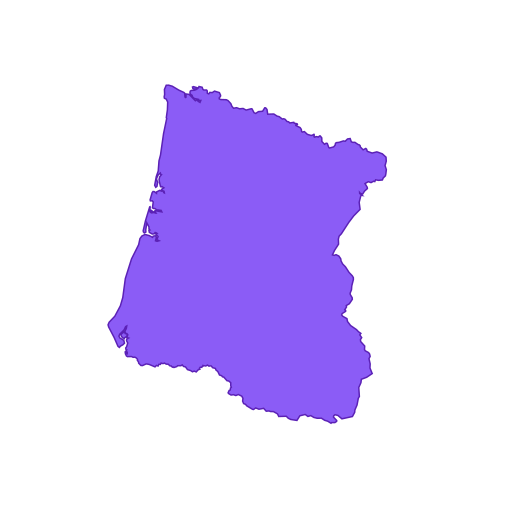 Pebane, Zambezia, Mozambique, rotated 123°
{"feature_id": "85939544B33364168787730", "entity_name": "Pebane", "entity_type": "district", "adm_level": 2, "iso_a3": "MOZ", "parent_name": "Mozambique", "parent_adm1": "Zambezia", "projection": "robinson", "projection_center": [38.512, -16.709], "detail": "fine", "context": "isolated", "style": "filled", "palette": "violet", "viewbox_px": 512, "rotation_deg": 123, "n_neighbors": 0, "source": "geoboundaries", "source_scale": "gbopen_adm2", "svg_char_len": 6158}
<svg xmlns="http://www.w3.org/2000/svg" viewBox="0 0 512 512"><g transform="rotate(123 256 256)"><path d="M123.4,191.4L121.3,191.8L118.3,191.1L116.5,191.8L112.6,193.7L109.9,197.0L105.5,198.4L102.3,200.8L101.5,205.7L102.6,210.5L102.9,211.4L106.4,214.7L107.6,219.7L106.2,221.4L106.0,222.5L108.6,224.0L107.7,227.9L106.8,228.7L106.5,229.7L106.9,231.1L106.8,235.0L108.0,236.7L108.3,238.3L106.2,241.0L108.0,243.0L111.2,243.7L111.9,245.4L115.4,248.2L117.2,250.4L118.2,250.7L120.0,250.0L122.2,250.3L125.4,253.2L125.4,254.0L122.8,257.5L123.2,258.6L125.0,259.4L124.1,263.1L121.1,265.2L120.3,267.5L120.7,268.1L122.2,268.4L123.1,270.6L124.4,271.5L124.4,272.3L122.7,273.1L122.4,273.7L124.3,274.7L125.0,275.8L126.0,279.2L125.3,283.2L126.8,284.6L126.8,285.5L125.1,287.0L124.3,288.9L124.9,293.7L124.6,294.0L123.2,292.9L122.7,293.6L123.8,296.2L123.3,297.1L126.0,300.1L125.7,301.7L126.3,303.3L125.5,306.0L125.8,307.5L126.8,308.5L126.5,312.5L127.2,314.5L127.2,318.4L130.7,323.4L127.1,326.6L126.5,328.6L127.0,329.4L131.0,329.3L133.6,332.6L136.6,333.9L136.9,335.7L134.8,339.4L135.0,340.1L139.0,343.8L139.3,347.2L141.5,350.0L142.2,353.1L144.3,355.3L143.6,357.7L141.9,360.1L140.9,364.1L141.1,366.0L144.0,370.8L144.2,372.4L143.3,373.0L141.6,372.7L140.5,373.2L138.9,375.7L140.3,380.6L142.8,381.7L143.9,383.8L145.7,383.9L145.9,384.3L146.0,385.5L144.1,386.8L143.7,387.8L145.2,390.2L145.2,391.2L143.8,393.1L144.9,396.1L146.3,395.9L148.6,396.6L150.5,397.9L152.4,400.4L153.4,400.9L154.6,400.6L155.9,399.5L156.1,397.0L157.0,396.2L157.5,393.7L155.9,389.4L156.8,388.8L155.6,387.0L157.7,386.6L157.8,388.6L157.3,390.6L157.5,391.2L158.7,391.2L158.8,391.6L156.9,400.1L158.2,402.9L161.1,401.2L161.5,401.5L161.3,402.2L158.3,404.5L158.1,405.6L158.9,411.0L159.2,418.7L160.3,422.3L161.7,424.3L166.2,423.5L170.3,420.6L172.6,419.7L173.6,418.7L173.3,416.8L175.0,413.9L181.7,409.9L188.8,406.6L189.3,405.8L203.7,400.2L223.3,391.1L229.0,389.2L238.0,384.3L243.7,382.9L251.9,379.5L253.0,377.5L251.6,377.0L247.9,378.5L245.9,381.1L244.8,381.7L241.2,382.2L238.5,381.4L239.5,380.3L239.3,379.6L242.1,379.9L244.6,379.0L246.1,377.7L249.7,374.0L249.8,373.2L249.0,372.8L249.0,370.4L251.6,371.5L252.1,370.3L251.8,368.3L253.0,367.2L253.1,368.0L252.1,368.4L252.0,369.0L253.1,370.5L253.4,372.5L256.4,374.3L257.6,373.6L257.4,376.4L258.0,377.5L259.4,377.6L266.6,375.4L267.3,374.6L266.2,373.0L266.7,371.6L272.0,369.1L272.0,367.9L271.2,366.6L271.4,364.5L269.4,360.4L270.3,359.0L273.0,365.4L273.7,365.3L274.5,363.2L274.9,363.8L274.8,368.8L276.1,368.5L276.2,366.5L276.8,367.2L276.8,368.6L276.2,369.7L272.9,371.2L272.4,371.7L272.7,371.9L286.6,367.9L296.2,364.4L297.1,363.6L297.5,362.3L295.9,361.4L294.1,362.7L287.7,365.6L289.9,361.6L291.3,360.7L291.8,359.5L292.0,360.0L292.7,359.9L294.3,358.3L294.1,355.0L292.9,353.5L291.2,353.4L290.8,352.0L291.0,351.2L292.1,352.3L293.0,348.7L296.3,348.1L296.0,345.6L297.6,347.0L298.0,348.6L294.7,349.7L294.1,350.4L293.9,351.5L295.3,353.0L296.7,352.9L297.0,356.6L298.4,360.8L301.4,362.6L304.6,362.8L310.4,360.6L326.3,358.8L346.1,353.3L363.4,345.1L371.7,342.6L383.4,341.6L391.5,343.1L394.3,342.6L395.8,340.9L401.6,330.6L406.9,322.6L407.1,320.8L405.4,320.6L403.0,319.3L400.7,318.8L398.7,321.0L398.9,325.5L397.9,327.3L395.8,327.7L389.8,326.4L386.2,326.9L385.1,326.3L387.4,325.3L390.6,324.9L391.9,323.2L391.4,322.0L391.9,320.6L394.6,319.9L394.2,318.2L396.2,319.2L397.6,318.4L398.8,316.2L402.6,315.1L404.1,315.2L405.6,313.8L405.3,313.3L406.1,313.2L406.9,311.5L408.1,310.7L408.3,311.4L407.2,313.2L407.7,313.5L409.2,312.2L410.4,310.2L410.4,309.0L408.1,305.6L407.9,303.9L406.8,302.5L406.7,300.7L407.2,299.1L408.1,298.7L408.8,296.9L409.8,296.0L410.5,292.9L409.7,291.5L406.4,289.4L405.9,288.5L405.1,286.5L404.0,280.3L402.0,279.9L401.6,278.2L399.8,278.5L398.9,277.1L397.5,277.3L396.9,275.4L395.7,274.5L395.6,272.4L394.6,270.8L395.0,268.2L394.4,267.3L394.8,265.6L394.1,264.7L394.2,264.1L391.9,262.2L390.7,262.0L388.9,259.2L387.5,258.6L388.1,256.6L387.4,254.7L388.6,251.6L387.7,248.4L387.7,246.2L386.2,245.2L385.8,243.0L383.0,242.5L381.5,241.4L381.0,242.3L379.7,242.2L378.9,240.8L378.0,241.0L377.2,240.4L376.7,240.8L375.6,238.2L373.9,237.3L374.0,235.4L373.1,234.7L372.6,233.5L373.3,231.6L372.4,228.8L373.4,227.6L373.7,225.1L375.7,221.8L375.1,219.6L375.6,218.3L375.1,217.1L376.4,212.4L375.7,210.9L376.0,208.2L378.7,206.4L379.5,205.2L380.6,205.5L382.4,204.6L383.4,205.3L385.9,204.9L386.3,204.2L386.2,201.2L384.6,199.4L384.0,196.9L381.8,195.4L381.3,191.6L382.5,189.4L385.0,188.2L386.5,186.0L386.1,183.9L386.7,182.3L386.5,175.5L386.1,174.5L383.6,173.5L382.9,170.1L379.6,166.6L380.6,162.9L378.8,160.6L378.6,159.2L377.0,156.7L376.7,152.0L378.2,149.5L373.9,143.3L374.5,140.6L374.2,137.9L371.6,132.1L366.1,132.2L362.1,128.4L362.3,125.1L360.0,123.1L359.9,119.6L358.8,116.4L356.4,112.8L356.4,108.9L355.5,105.9L355.4,102.0L354.6,101.9L352.7,99.1L350.8,98.3L350.0,98.7L348.9,103.3L347.6,103.8L346.1,103.3L345.1,100.5L345.8,95.3L338.1,87.7L333.3,88.1L331.3,89.2L326.0,90.1L319.6,92.7L317.5,92.8L310.3,98.2L305.1,99.0L302.0,100.5L297.4,97.1L291.3,94.5L287.9,99.4L284.3,101.5L280.6,105.3L278.0,105.6L276.3,107.4L275.7,109.0L276.0,112.8L275.3,114.1L272.3,115.8L270.7,121.7L269.2,122.9L266.9,122.9L265.6,126.0L263.8,125.9L263.7,128.8L263.0,131.6L262.8,138.8L261.1,143.6L259.0,145.6L259.3,150.6L258.8,152.0L257.4,152.4L253.6,150.7L252.8,151.2L252.8,152.3L249.5,152.3L248.4,153.3L245.2,151.7L239.9,151.6L238.6,152.6L237.0,155.9L236.0,156.8L232.4,157.5L228.9,159.4L222.7,161.5L221.1,162.6L220.2,164.4L219.1,169.0L216.4,175.0L215.5,179.0L213.8,182.0L212.2,183.4L210.9,186.5L211.3,189.6L212.9,190.8L213.4,192.5L208.4,193.2L201.1,193.2L197.0,196.1L194.1,197.1L190.9,196.5L177.4,196.5L169.1,195.9L160.2,194.1L154.8,198.7L148.7,200.8L147.8,200.8L147.4,200.0L147.1,203.1L146.3,203.7L146.7,202.4L145.9,200.3L142.4,200.3L138.8,199.3L137.8,200.1L135.9,204.0L132.5,202.3L131.8,199.5L129.3,198.1L128.9,196.9L127.0,197.2L125.8,194.4L123.4,191.4ZM396.2,321.7L394.1,320.7L392.1,321.0L391.8,322.1L392.3,323.4L391.3,325.2L394.4,326.3L395.8,326.3L396.8,324.8L397.1,323.0L397.0,321.5L396.2,321.7ZM148.9,401.3L149.9,400.2L149.6,398.8L148.9,397.6L146.8,396.6L148.0,400.7L148.9,401.3Z" fill="#8b5cf6" stroke="#5b21b6" stroke-width="1.5"/></g></svg>